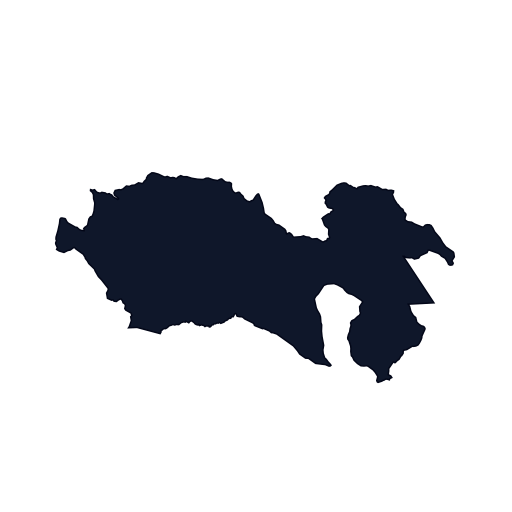 San Ramon, Alajuela, Costa Rica (Robinson projection), rotated 123°
{"feature_id": "36466004B75539048151546", "entity_name": "San Ramon", "entity_type": "district", "adm_level": 2, "iso_a3": "CRI", "parent_name": "Costa Rica", "parent_adm1": "Alajuela", "projection": "robinson", "projection_center": [-84.596, 10.217], "detail": "fine", "context": "isolated", "style": "filled", "palette": "ink", "viewbox_px": 512, "rotation_deg": 123, "n_neighbors": 0, "source": "geoboundaries", "source_scale": "gbopen_adm2", "svg_char_len": 6108}
<svg xmlns="http://www.w3.org/2000/svg" viewBox="0 0 512 512"><g transform="rotate(123 256 256)"><path d="M373.3,294.1L371.3,294.3L370.8,295.2L370.1,295.2L369.4,294.5L367.2,293.9L366.1,292.2L364.4,291.4L361.6,290.7L360.5,289.6L358.7,288.4L358.1,286.5L356.9,285.7L355.6,283.4L352.7,282.5L350.8,281.0L349.8,279.1L348.8,279.3L348.6,276.0L346.7,275.8L345.4,274.6L345.6,271.6L346.1,270.1L346.0,268.7L345.6,267.4L344.5,267.0L344.5,266.6L345.1,266.1L345.1,265.5L344.4,265.3L344.1,264.6L343.0,264.1L343.2,263.3L342.7,262.1L343.0,260.4L341.6,259.6L341.3,258.7L340.3,257.8L340.4,257.2L340.9,256.9L340.7,256.0L339.7,255.6L337.6,255.3L336.8,254.3L335.8,254.4L334.9,253.0L333.4,252.3L332.9,251.1L331.5,250.4L331.7,248.9L328.8,246.8L327.4,246.6L325.1,245.1L323.3,244.9L322.0,243.3L320.1,243.4L319.5,242.1L317.8,242.1L316.8,242.5L315.4,241.8L315.4,240.9L316.7,239.3L316.7,238.8L315.8,236.6L314.9,235.2L314.5,233.8L314.9,231.2L313.8,222.2L314.2,220.2L314.8,219.9L315.0,218.9L313.4,210.9L312.6,210.2L311.5,203.8L311.9,201.4L311.1,200.0L310.1,196.1L311.0,175.6L312.9,169.4L314.4,166.0L314.7,158.9L313.2,156.2L313.6,147.5L309.3,138.7L308.6,134.8L307.9,133.9L306.8,133.6L306.4,134.5L305.5,138.0L304.4,140.8L304.1,142.9L301.1,146.6L298.3,148.8L294.1,150.6L287.7,156.7L283.3,160.2L278.0,163.4L276.4,165.4L271.9,168.8L270.1,171.1L268.2,174.9L266.7,177.2L260.2,183.7L257.3,183.9L253.7,183.2L243.7,183.1L240.8,181.0L236.6,175.5L235.8,172.0L235.4,167.1L235.4,165.1L236.2,163.3L237.0,159.8L237.0,157.8L236.0,154.8L235.7,152.2L235.8,143.3L236.4,141.5L242.1,141.5L245.9,138.6L246.7,137.5L247.9,137.0L249.7,137.0L251.3,137.8L255.9,138.9L256.7,139.6L258.3,140.4L260.7,140.2L261.4,139.3L263.0,138.2L265.7,137.5L268.4,136.2L271.8,135.6L274.6,134.6L275.7,133.7L276.4,131.9L279.9,127.6L282.0,125.9L284.4,124.5L287.7,121.7L288.1,120.0L290.0,117.0L290.9,112.3L290.9,108.2L289.5,105.6L287.8,103.5L287.4,102.2L287.7,95.8L288.6,92.7L290.5,88.6L291.1,88.1L294.7,86.9L295.5,85.8L295.5,84.8L292.3,82.2L291.4,82.0L290.7,81.2L288.8,80.3L287.9,79.1L287.2,76.7L286.0,77.1L284.0,75.9L283.2,77.6L283.5,80.5L280.1,82.1L278.2,83.4L270.2,83.2L269.9,82.9L269.9,81.5L269.5,81.1L267.4,80.8L264.7,79.8L261.3,80.0L260.2,79.6L257.5,79.6L255.7,80.7L254.6,80.8L252.4,78.6L246.4,75.7L246.0,74.7L244.4,72.9L242.4,71.7L240.0,71.6L236.7,71.9L234.4,72.4L232.7,73.3L225.6,74.4L224.6,74.9L223.9,76.4L223.9,77.8L224.5,79.1L224.5,81.9L223.9,85.1L220.6,88.6L220.3,91.5L218.8,94.7L218.0,96.1L214.8,99.5L213.5,102.1L198.4,81.3L176.1,132.4L175.5,131.5L175.6,129.4L173.8,126.0L172.4,124.3L172.3,121.5L169.5,118.8L169.1,118.5L166.2,118.4L160.0,114.4L157.4,114.8L156.7,113.9L154.5,104.6L154.5,102.4L155.1,100.4L154.9,96.1L156.8,91.9L158.1,90.0L158.1,88.6L157.5,87.5L156.3,86.4L154.6,86.7L153.3,89.1L148.7,89.2L145.8,91.7L145.2,92.9L145.0,101.9L143.3,106.6L140.7,111.6L138.4,119.4L136.3,122.9L135.1,125.8L135.4,127.7L136.6,129.6L137.9,130.8L140.7,131.4L141.3,132.9L142.8,140.6L142.9,143.9L144.6,147.4L144.6,150.4L143.9,151.2L141.8,152.2L140.1,152.5L139.3,153.0L138.8,154.0L138.8,155.6L136.9,158.2L136.8,161.2L135.5,165.0L135.5,165.9L133.2,170.9L130.3,174.9L129.7,175.3L128.0,175.3L126.4,176.1L127.2,178.5L129.1,181.0L129.3,183.3L131.5,186.3L131.8,191.8L133.2,193.3L134.4,198.0L136.3,199.9L137.4,202.4L138.9,204.3L142.8,207.8L144.4,207.8L144.8,208.2L145.0,210.6L145.6,211.6L145.5,215.2L146.3,216.2L145.9,220.1L146.8,222.0L148.5,223.8L152.5,226.6L159.0,228.0L161.9,228.9L163.2,228.3L164.7,228.3L168.2,230.2L170.0,230.2L170.5,228.5L171.2,227.6L172.9,227.3L174.0,226.7L174.3,225.4L176.0,222.5L175.9,220.9L174.7,218.2L174.7,217.3L175.4,216.1L176.3,216.1L178.1,217.1L180.6,217.0L181.1,218.1L181.7,218.5L186.8,220.7L188.7,221.0L188.7,220.6L192.6,215.5L193.2,213.6L193.3,210.9L194.0,209.4L198.2,207.0L200.3,204.3L201.6,204.1L201.9,205.0L202.4,205.5L204.8,205.1L205.7,206.2L207.9,207.4L208.2,214.3L211.1,218.1L211.4,219.7L211.3,221.7L212.8,224.7L213.2,227.1L215.4,228.9L219.7,234.6L219.7,235.2L218.5,238.0L218.3,240.4L218.8,241.1L220.8,242.3L220.8,242.6L218.6,244.8L217.9,246.5L217.6,253.6L218.5,256.1L218.5,258.2L217.1,260.8L216.2,263.6L216.0,271.4L215.3,272.8L212.0,275.7L207.9,280.0L202.7,287.3L202.7,288.0L203.7,288.5L205.7,288.8L210.8,288.8L212.2,290.0L214.0,290.8L214.8,293.5L214.4,297.4L212.9,299.5L212.4,302.6L211.8,304.0L211.8,304.9L212.2,305.6L214.5,307.3L214.5,309.5L213.9,311.3L212.9,312.8L211.1,314.6L208.8,315.9L208.5,316.7L208.6,318.2L209.9,320.3L210.6,322.3L210.0,326.7L210.9,327.7L213.6,329.3L215.4,333.4L216.6,338.4L218.0,340.3L220.0,341.5L220.9,342.5L223.4,346.8L225.8,352.3L227.1,357.1L229.0,360.0L229.6,362.9L232.0,364.3L234.7,365.0L234.8,367.0L235.4,368.5L237.0,370.2L237.6,373.8L239.2,375.1L239.7,376.2L240.5,382.4L241.9,386.9L243.0,388.7L247.4,390.5L250.3,390.3L251.0,389.8L251.9,389.8L254.3,390.4L256.3,390.4L257.2,390.9L258.6,394.4L262.6,396.4L264.4,398.7L266.6,400.1L267.9,402.8L272.3,404.1L274.2,405.4L274.8,406.9L277.7,409.8L280.6,409.4L280.9,408.5L281.9,408.1L282.5,402.7L283.4,402.4L283.9,402.7L284.2,408.5L283.4,410.2L283.7,411.7L283.6,413.0L285.3,414.8L285.2,416.7L286.6,420.0L288.2,420.9L289.1,423.6L289.1,424.8L288.3,427.5L289.8,428.9L290.4,430.9L291.4,430.4L291.8,427.8L293.1,425.7L296.4,423.4L299.2,420.2L300.9,419.2L306.6,416.3L309.7,415.4L312.1,415.1L313.4,416.2L316.0,416.3L321.7,414.1L322.7,414.2L325.5,415.3L326.9,415.4L327.6,414.2L328.4,413.9L329.8,416.7L330.0,418.8L329.5,421.7L330.2,423.2L330.7,431.4L330.2,433.4L328.7,436.0L328.7,436.7L329.8,439.5L330.7,440.4L332.0,440.4L336.0,438.4L342.9,435.8L349.0,434.0L350.9,432.9L351.7,431.7L354.0,431.2L354.9,430.6L357.2,427.1L359.1,426.8L359.0,423.8L357.6,419.0L354.0,416.9L352.1,415.0L348.4,413.6L347.7,412.8L348.2,410.8L348.6,401.8L350.2,398.5L351.0,397.7L351.9,394.9L353.4,392.1L354.9,384.4L356.1,382.8L359.1,376.9L360.1,372.6L363.6,362.4L365.1,361.4L368.5,361.1L372.4,357.5L371.7,353.0L370.7,352.2L371.2,350.4L370.2,348.3L367.6,347.4L365.6,346.0L365.7,345.1L366.4,343.5L367.6,342.0L367.6,340.2L368.1,339.1L368.9,338.4L371.6,337.4L372.3,335.7L371.9,329.8L373.6,327.7L375.2,328.0L378.1,325.3L384.2,323.8L385.6,323.8L380.7,316.9L373.3,294.1Z" fill="#0f172a" stroke="#020617" stroke-width="1.5"/></g></svg>